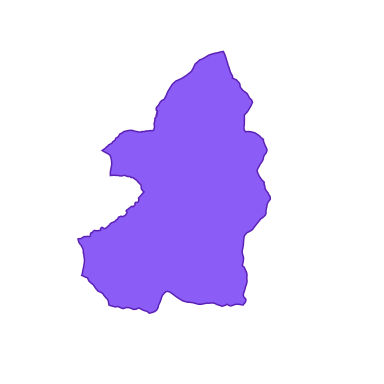 Phobji, Wangdi Phodrang, Bhutan (Natural Earth projection), rotated 28°
{"feature_id": "84629894B82295722957518", "entity_name": "Phobji", "entity_type": "district", "adm_level": 2, "iso_a3": "BTN", "parent_name": "Bhutan", "parent_adm1": "Wangdi Phodrang", "projection": "natural_earth1", "projection_center": [90.223, 27.427], "detail": "fine", "context": "isolated", "style": "filled", "palette": "violet", "viewbox_px": 384, "rotation_deg": 28, "n_neighbors": 0, "source": "geoboundaries", "source_scale": "gbopen_adm2", "svg_char_len": 6101}
<svg xmlns="http://www.w3.org/2000/svg" viewBox="0 0 384 384"><g transform="rotate(28 192 192)"><path d="M290.2,267.8L290.1,267.2L290.4,266.4L290.8,264.8L290.8,264.0L290.5,262.5L290.2,261.8L289.6,261.2L289.0,260.9L288.2,260.8L287.5,260.5L286.9,260.1L286.3,259.6L285.8,259.0L285.4,258.4L285.2,257.6L284.7,254.5L283.8,250.7L283.3,247.5L282.9,246.0L282.6,245.3L282.3,244.6L281.0,242.7L280.0,240.5L279.3,239.1L278.9,238.5L278.4,237.9L276.7,236.4L274.9,235.1L273.7,234.1L273.1,233.8L271.6,233.6L270.9,233.3L270.7,232.2L270.0,229.8L269.5,228.3L268.6,226.2L268.1,225.5L267.6,224.9L266.5,223.9L265.5,222.8L264.6,221.5L264.2,220.9L263.9,220.1L262.8,216.4L262.3,214.9L260.2,210.2L259.1,207.3L259.0,206.5L258.9,205.8L259.2,203.4L259.5,202.7L259.8,202.0L262.4,198.1L263.0,196.6L263.1,195.9L263.6,192.7L265.2,184.2L265.7,182.7L266.5,181.4L267.0,179.9L267.5,178.4L267.6,177.6L267.5,176.9L267.3,176.1L265.9,173.3L265.7,172.6L265.1,170.3L264.3,168.1L264.1,167.3L264.0,165.7L264.0,164.9L264.5,161.8L264.4,161.3L263.7,160.2L262.6,158.9L261.8,158.7L261.1,158.4L259.8,157.2L256.7,155.9L254.8,154.4L253.1,152.2L252.1,151.3L251.6,150.6L251.1,149.4L248.1,148.6L245.5,147.3L243.6,146.2L241.8,144.8L240.0,143.3L239.6,142.7L239.3,142.0L239.2,141.2L239.1,140.4L239.2,138.1L239.1,136.5L239.1,135.7L239.5,132.6L239.6,131.0L239.5,130.2L239.4,129.4L238.7,127.2L238.6,126.4L238.6,125.6L239.1,122.5L239.0,121.7L238.7,120.1L238.3,119.4L237.2,118.4L234.2,116.2L231.9,114.2L230.9,113.1L230.3,111.9L229.7,112.0L228.7,111.8L226.5,111.3L225.4,110.8L221.3,110.3L219.4,110.3L216.7,110.9L213.6,112.0L211.6,113.2L211.0,113.7L208.9,112.6L207.7,111.0L206.5,107.8L203.9,102.7L202.1,99.6L203.3,94.8L203.6,88.7L203.3,84.3L201.3,82.7L198.6,82.0L194.5,79.2L189.5,78.5L185.6,76.9L183.0,73.7L178.5,72.1L174.3,72.5L174.1,71.5L173.0,70.4L169.6,68.1L166.1,64.6L164.1,63.0L162.9,61.5L160.9,59.6L158.8,57.4L156.2,55.0L153.6,53.2L150.2,56.0L149.5,56.9L147.1,58.7L144.3,61.4L142.6,63.2L139.5,68.4L138.3,70.2L136.8,71.7L135.7,75.0L134.7,77.4L134.9,81.7L134.9,85.7L132.3,91.7L129.7,96.4L125.6,101.7L124.1,106.0L123.8,109.2L123.6,112.8L123.5,114.9L123.9,118.7L123.9,123.4L122.5,125.1L121.9,126.8L121.7,128.0L121.8,129.2L121.7,129.7L121.6,130.3L121.8,130.8L121.1,133.0L121.0,134.8L121.7,135.6L121.8,136.2L122.1,136.6L123.2,136.7L123.7,136.9L123.5,138.0L123.9,138.4L124.0,138.9L124.5,139.0L124.7,139.5L124.3,139.9L124.2,140.5L124.4,141.1L124.8,141.0L125.1,141.4L124.9,141.9L125.0,142.5L124.8,143.0L124.7,143.6L124.8,144.8L125.2,145.2L125.5,146.3L125.8,146.8L126.1,147.3L126.2,148.5L126.3,149.0L126.5,149.6L127.9,151.4L128.2,151.9L128.6,153.0L129.1,155.3L128.9,155.8L128.4,156.2L127.5,156.8L126.0,157.6L124.2,159.0L123.8,159.2L123.2,159.4L122.8,159.7L122.3,160.1L121.6,160.9L121.1,161.3L120.7,161.6L119.6,161.9L118.9,162.8L117.5,163.8L117.0,163.9L112.7,165.2L111.7,165.4L110.6,165.5L110.1,165.7L108.6,166.5L107.6,167.1L103.8,170.3L103.4,170.7L103.0,171.8L102.7,172.3L102.3,172.8L102.2,173.3L101.8,173.8L101.4,174.1L101.1,174.6L101.0,175.2L101.1,176.4L100.8,178.1L100.6,178.6L99.9,179.5L99.6,180.1L99.5,180.7L99.7,182.3L99.5,182.9L99.2,183.4L98.8,184.3L98.5,184.8L98.4,185.4L98.4,186.0L98.3,186.6L97.4,188.0L97.1,188.5L96.4,189.4L96.2,190.0L96.0,191.1L95.4,192.2L95.2,192.7L95.0,194.0L93.2,197.5L95.2,197.7L100.6,197.7L102.1,198.0L103.7,199.1L106.2,202.0L108.4,205.8L109.5,209.7L110.3,212.1L111.5,214.7L112.2,215.8L113.7,214.7L114.3,214.5L115.2,213.9L115.9,213.5L117.3,213.0L118.3,212.4L119.5,211.9L120.2,211.8L121.2,211.4L122.2,211.0L123.5,209.8L124.4,209.1L124.9,208.9L128.1,208.5L128.6,208.2L129.6,207.6L130.1,207.5L131.1,207.8L131.7,207.8L132.2,207.5L132.6,207.1L133.6,207.1L135.1,207.4L136.8,207.5L137.8,207.7L138.4,207.9L139.9,208.6L143.0,209.6L143.5,209.8L144.0,210.2L144.8,211.3L145.3,212.4L145.7,212.9L146.1,213.2L148.1,214.1L148.7,214.2L149.2,214.2L149.6,214.5L149.4,215.0L149.1,216.2L148.8,217.9L148.7,218.5L147.7,221.9L147.7,222.5L147.9,223.0L148.3,223.4L148.8,223.7L148.9,224.3L149.0,224.9L149.1,225.4L148.9,226.5L148.5,226.9L147.0,227.7L146.9,228.2L147.0,228.8L147.6,229.8L147.6,230.4L147.5,231.0L147.2,232.1L146.9,232.7L146.5,232.9L146.0,232.7L145.5,232.9L144.5,235.0L143.6,237.2L142.7,238.7L142.7,239.3L142.9,239.8L144.0,240.3L144.3,240.7L144.3,241.3L144.3,242.5L144.1,243.6L143.9,244.1L143.3,245.0L142.8,246.0L142.3,246.4L141.3,246.5L140.7,246.7L140.0,247.6L139.2,248.3L139.0,248.9L139.0,250.7L138.9,251.3L138.2,252.2L138.0,253.4L137.5,254.4L137.2,254.9L136.5,255.8L135.7,256.6L135.2,257.4L134.7,258.4L134.5,260.2L134.3,260.7L133.3,263.5L132.8,264.5L132.0,265.4L131.5,265.6L130.8,265.5L129.8,265.4L129.3,265.4L128.8,265.7L128.5,266.7L128.5,267.3L128.8,267.8L129.3,268.2L129.2,268.7L128.8,269.1L126.0,271.0L125.0,271.4L123.9,271.7L123.6,272.2L123.3,272.7L123.0,274.4L122.7,274.9L122.3,275.3L121.9,275.8L121.9,276.3L122.9,278.5L122.8,279.1L122.4,279.4L119.9,280.6L119.5,281.0L119.2,281.3L118.1,281.7L117.5,282.4L117.1,282.8L116.6,283.9L115.7,285.3L115.3,285.7L114.6,286.0L113.4,286.8L113.7,287.4L114.3,288.1L116.0,289.6L117.0,290.3L117.9,290.7L119.3,291.2L120.0,291.8L121.8,292.9L122.8,293.9L123.5,294.7L124.0,295.6L124.4,296.5L124.9,297.1L125.8,297.9L126.9,299.6L128.8,302.2L129.9,304.4L131.2,308.1L132.6,313.1L133.6,316.0L133.7,317.4L137.0,317.2L138.2,317.2L140.0,316.8L142.6,318.9L145.3,319.7L148.6,320.3L152.6,322.5L155.5,323.6L159.0,323.4L161.1,323.6L162.7,324.6L165.8,325.8L168.0,326.5L169.3,327.6L171.8,330.8L172.5,330.8L175.8,330.0L178.2,329.5L180.3,327.9L184.0,327.6L186.1,327.2L188.2,324.8L191.3,323.5L195.6,323.1L197.9,321.5L199.2,319.5L200.7,319.3L203.9,319.3L206.3,319.0L207.4,318.6L208.7,318.5L210.8,319.1L211.7,318.6L213.5,317.0L215.2,315.1L216.1,313.2L216.3,311.8L216.3,310.1L215.7,308.1L215.5,306.1L215.4,303.8L214.7,299.5L214.4,297.3L214.9,294.7L215.8,292.3L217.1,291.2L218.9,290.8L220.5,290.8L228.3,292.0L232.3,292.3L234.7,292.5L239.5,291.5L242.1,290.3L244.6,289.4L250.3,288.1L252.7,286.9L257.1,283.3L259.5,282.0L261.8,280.5L263.9,279.7L266.8,279.6L269.5,279.1L272.2,278.8L274.9,276.0L275.6,274.6L277.6,274.8L279.5,274.5L280.9,273.3L283.0,270.8L285.7,269.3L290.2,267.8Z" fill="#8b5cf6" stroke="#5b21b6" stroke-width="1.5"/></g></svg>